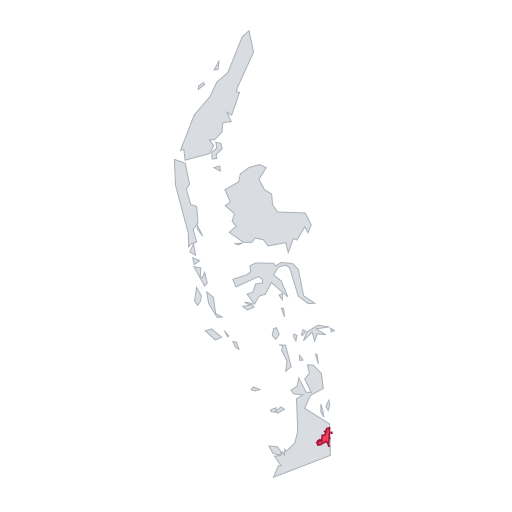 location of Sarmi, Papua, Indonesia, rotated 69°
{"feature_id": "22746128B27261093121909", "entity_name": "Sarmi", "entity_type": "district", "adm_level": 2, "iso_a3": "IDN", "parent_name": "Indonesia", "parent_adm1": "Papua", "projection": "mercator", "projection_center": [139.039, -2.532], "detail": "fine", "context": "in_parent", "style": "filled", "palette": "rose", "viewbox_px": 512, "rotation_deg": 69, "n_neighbors": 0, "source": "geoboundaries", "source_scale": "gbopen_adm2", "svg_char_len": 6542}
<svg xmlns="http://www.w3.org/2000/svg" viewBox="0 0 512 512"><g transform="rotate(69 256 256)"><path d="M177.2,214.8L185.3,225.7L197.4,224.3L203.7,219.2L214.3,222.2L222.6,220.2L233.5,194.6L246.7,193.3L253.0,199.3L246.3,200.0L255.7,212.1L253.1,214.8L264.2,224.6L254.2,223.5L251.0,240.9L243.3,243.4L239.0,250.3L241.7,255.1L238.8,262.8L224.3,272.5L221.0,263.8L215.1,265.9L208.8,261.0L197.9,266.8L196.4,260.6L183.0,261.3L180.5,245.6L173.7,241.2L170.8,230.4L172.0,219.8L177.2,214.8ZM43.2,181.8L64.7,185.2L92.4,213.3L95.8,215.6L97.3,212.7L115.8,228.3L111.3,231.7L121.7,231.0L119.6,239.1L128.1,243.4L132.6,253.2L130.8,257.9L137.8,255.9L143.8,262.6L141.1,287.9L130.7,285.1L130.4,288.7L102.3,263.2L90.4,241.4L79.7,230.4L74.5,216.3L46.4,190.3L43.2,181.8ZM468.8,258.0L468.8,318.9L459.8,310.2L460.8,307.7L449.4,310.6L451.3,304.5L448.1,301.4L449.2,300.9L451.0,301.1L452.1,300.8L446.7,298.4L449.2,297.7L444.3,286.6L434.4,279.8L403.7,269.3L402.5,262.1L398.4,270.0L393.8,271.5L392.3,264.4L385.0,259.7L401.1,258.1L403.2,253.3L388.2,254.6L384.7,248.2L376.0,247.0L378.4,241.7L389.0,237.0L403.7,240.6L405.7,255.2L415.6,265.1L439.3,247.5L468.8,258.0ZM319.2,224.4L308.6,230.9L279.0,228.8L275.4,231.2L274.2,238.9L279.9,246.4L288.3,241.4L305.6,240.9L286.3,251.2L295.0,260.8L294.6,267.4L300.4,274.6L288.4,278.0L288.7,271.8L282.0,266.5L283.5,259.3L279.7,258.5L276.1,261.2L277.7,285.8L269.5,286.0L270.2,271.3L268.7,266.4L263.1,265.3L262.3,259.0L269.1,242.1L272.2,241.7L271.1,234.5L276.2,224.7L283.7,221.3L310.2,225.8L321.2,218.0L319.2,224.4ZM144.1,288.8L165.1,292.3L168.3,297.0L184.6,298.5L188.4,293.6L204.2,298.3L208.7,305.2L221.6,306.4L221.4,312.2L223.3,315.6L210.9,311.1L161.2,305.8L136.5,297.5L144.1,288.8ZM345.6,225.8L354.5,219.1L350.5,226.9L356.5,231.7L347.1,230.9L352.1,242.0L345.2,235.9L342.8,223.1L348.4,213.2L345.6,225.8ZM349.9,260.4L372.0,262.8L374.2,269.6L365.3,264.7L352.9,265.8L349.3,263.1L347.2,266.3L349.9,260.4ZM299.6,314.1L283.3,317.2L271.9,314.9L279.3,310.6L295.3,314.3L300.8,309.4L299.6,314.1ZM252.8,309.8L263.7,311.2L265.6,314.7L243.8,317.8L247.3,311.8L254.8,315.2L257.2,313.9L252.8,309.8ZM319.5,317.2L319.8,324.1L307.6,330.2L308.2,323.6L319.5,317.2ZM143.8,249.2L146.8,256.6L151.0,257.7L149.6,262.3L143.4,260.0L141.4,254.0L135.3,252.7L138.4,248.4L143.8,249.2ZM446.1,311.0L437.9,312.0L441.9,304.3L448.3,302.7L450.3,305.5L446.1,311.0ZM273.8,321.3L278.8,324.6L281.1,328.2L276.0,329.5L264.0,322.7L273.8,321.3ZM337.5,262.4L340.9,267.5L335.9,269.3L330.0,265.5L330.3,262.6L337.5,262.4ZM222.2,309.9L233.7,312.2L228.5,316.4L222.2,309.9ZM240.2,310.3L241.9,316.7L235.1,315.8L240.2,310.3ZM164.0,258.8L158.4,263.6L158.9,257.6L164.0,258.8ZM409.2,284.3L410.6,292.4L408.0,292.8L405.8,286.9L409.2,284.3ZM218.5,298.6L209.7,301.1L206.0,299.7L218.5,298.6ZM303.2,276.1L303.3,283.4L298.3,286.5L300.2,276.7L303.2,276.1ZM60.4,220.4L68.3,224.6L67.3,228.4L60.4,220.4ZM79.8,250.2L76.7,248.7L75.2,242.7L77.6,242.6L79.8,250.2ZM379.0,308.4L377.3,305.4L382.0,300.1L381.8,304.9L379.0,308.4ZM370.1,234.4L379.2,236.4L368.9,235.6L370.1,234.4ZM314.8,249.1L323.1,251.2L313.9,251.0L314.8,249.1ZM299.3,279.7L294.9,283.3L298.8,276.7L299.3,279.7ZM416.8,239.8L421.5,240.5L426.0,243.9L421.7,244.7L416.8,239.8ZM336.9,305.3L333.9,307.9L327.6,308.2L329.3,305.2L336.9,305.3ZM408.9,293.8L406.9,297.6L404.8,297.4L405.0,291.4L408.9,293.8ZM349.5,249.2L344.0,249.8L342.5,248.5L344.8,246.1L349.5,249.2ZM417.6,248.5L424.4,249.1L430.8,250.4L424.7,251.3L417.6,248.5ZM300.7,244.7L306.3,247.2L300.6,248.5L300.7,244.7ZM353.9,213.0L350.1,212.3L353.7,209.5L353.9,213.0ZM314.4,312.3L320.7,310.1L321.4,311.4L314.4,312.3ZM370.0,249.4L369.0,252.8L364.3,251.1L366.6,250.1L370.0,249.4ZM239.4,268.7L237.0,271.0L239.0,264.0L239.4,268.7ZM344.1,236.7L347.0,241.2L345.9,241.9L341.6,238.4L344.1,236.7Z" fill="#d9dde1" stroke="#a8b0b8" stroke-width="1"/><path d="M459.8,255.7L458.7,255.8L458.0,255.8L457.5,255.6L457.0,255.4L456.4,255.0L456.2,255.0L455.4,254.6L454.6,254.1L453.8,253.7L453.0,253.4L452.8,253.3L452.2,253.0L451.8,252.8L451.6,252.6L450.9,252.4L450.4,252.1L449.6,251.9L449.4,251.9L449.3,252.0L449.2,252.0L448.5,251.6L448.4,251.3L448.1,251.1L448.1,250.9L447.8,250.8L447.5,250.5L447.3,250.4L446.9,250.3L445.5,250.0L444.6,249.7L443.8,249.4L442.8,248.9L442.7,248.9L442.7,249.1L442.8,249.3L442.7,249.4L442.7,249.5L442.7,249.4L442.6,249.5L442.8,249.7L442.7,249.7L442.7,249.8L442.8,249.9L442.7,250.0L442.6,250.3L442.6,250.5L442.4,251.0L442.3,251.3L442.4,251.8L442.5,251.9L443.3,252.1L443.5,252.2L443.4,252.2L443.5,252.3L443.5,252.2L443.5,252.3L443.5,252.5L443.6,252.8L443.8,252.8L443.8,252.7L443.8,252.8L444.0,253.0L443.9,253.0L444.0,253.1L444.1,253.3L444.2,253.5L444.4,253.6L444.2,253.5L444.3,253.6L444.5,253.8L444.4,253.8L444.4,254.0L444.5,253.9L444.5,254.0L444.5,253.9L444.6,254.1L444.8,254.0L445.0,254.1L444.9,254.2L445.0,254.2L445.0,254.3L445.1,254.2L445.2,254.3L445.3,254.2L445.3,254.3L445.2,254.3L445.4,254.3L445.5,254.3L445.5,254.5L445.8,254.5L446.0,254.6L446.1,254.8L446.3,254.8L446.5,254.9L446.8,254.8L446.9,255.0L447.0,255.1L447.9,256.2L447.9,256.4L447.9,256.6L447.9,256.8L446.9,258.3L451.5,260.7L451.5,260.8L451.4,260.9L451.5,260.9L451.5,261.0L451.6,260.9L451.6,261.0L451.8,261.2L451.8,261.3L451.7,261.3L451.8,261.4L451.7,261.4L451.8,261.4L451.7,261.5L451.6,261.9L451.3,262.3L451.1,262.3L451.1,262.5L451.1,262.4L451.0,262.5L450.9,262.6L450.8,262.8L450.7,262.8L450.8,262.9L450.7,262.9L450.8,262.9L450.7,263.0L450.6,263.3L450.5,263.5L450.5,263.8L450.6,264.0L450.6,264.3L450.8,264.3L451.0,264.2L451.3,264.2L451.4,264.4L451.4,264.5L451.2,264.5L451.2,264.3L451.2,264.8L451.4,264.7L451.4,264.8L451.4,265.2L451.5,265.2L451.6,264.9L451.8,265.0L451.8,265.3L451.7,265.5L451.8,265.6L452.0,265.6L452.3,265.8L452.6,265.7L452.8,265.5L453.0,265.5L452.9,265.6L452.8,265.8L453.0,265.7L453.1,266.0L453.3,266.0L453.4,265.8L453.5,265.8L453.5,266.0L453.9,266.1L454.0,265.9L453.8,265.8L453.9,265.7L454.1,265.8L454.4,265.8L454.5,265.9L454.6,265.7L454.8,265.6L454.8,265.4L454.9,265.2L455.0,265.1L455.0,264.9L455.1,264.7L455.2,264.4L455.1,264.2L455.0,263.9L455.0,263.7L454.9,263.5L455.0,263.4L454.9,263.4L454.9,263.2L455.0,263.2L455.1,262.9L455.3,262.9L455.1,262.8L455.0,262.5L454.5,258.2L454.5,257.3L454.4,256.7L457.4,256.1L459.6,256.3L459.7,256.2L459.7,255.9L459.8,255.8L459.8,255.7ZM448.1,248.7L447.8,248.4L447.7,248.6L447.8,248.8L448.1,248.8L448.1,248.7L448.1,248.7ZM448.6,249.2L448.5,249.3L448.6,249.6L448.6,249.3L448.6,249.2ZM450.7,251.7L450.6,251.8L450.7,251.7L450.7,251.7ZM455.3,253.6L455.2,253.5L455.3,253.6ZM452.8,252.4L452.7,252.4L452.8,252.5L452.8,252.4Z" fill="#f43f5e" stroke="#9f1239" stroke-width="1.5"/></g></svg>